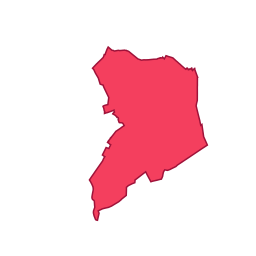 outline of Landgraaf, Limburg, Netherlands, rotated 133°
{"feature_id": "6326949B53909920900869", "entity_name": "Landgraaf", "entity_type": "district", "adm_level": 2, "iso_a3": "NLD", "parent_name": "Netherlands", "parent_adm1": "Limburg", "projection": "robinson", "projection_center": [6.038, 50.902], "detail": "fine", "context": "isolated", "style": "filled", "palette": "rose", "viewbox_px": 256, "rotation_deg": 133, "n_neighbors": 0, "source": "geoboundaries", "source_scale": "gbopen_adm2", "svg_char_len": 5132}
<svg xmlns="http://www.w3.org/2000/svg" viewBox="0 0 256 256"><g transform="rotate(133 128 128)"><path d="M82.8,66.7L75.0,76.4L76.4,76.6L74.8,79.0L73.7,80.5L69.5,87.0L68.7,88.2L67.4,90.2L66.8,91.1L66.0,92.2L65.6,93.0L65.3,93.3L63.3,94.6L60.6,96.1L55.6,100.7L50.7,105.3L49.4,106.4L47.7,108.0L45.4,110.1L44.5,111.0L43.8,111.6L43.5,111.5L42.8,112.9L42.5,113.5L42.1,114.3L41.8,114.9L41.5,115.4L41.2,116.1L40.3,117.8L39.7,119.0L39.5,119.4L39.4,119.7L39.1,119.6L38.9,119.9L39.1,120.0L39.3,120.0L39.5,120.0L40.3,120.0L41.1,120.0L41.7,120.1L42.0,120.1L41.7,121.1L41.4,121.4L41.0,121.6L40.7,122.3L41.0,122.4L42.4,122.6L43.1,122.9L43.0,123.2L43.5,123.3L43.8,123.4L43.7,123.6L44.2,123.8L43.9,124.7L43.7,125.4L44.3,125.9L44.8,125.8L45.2,125.7L45.6,125.7L45.7,126.5L45.7,126.9L45.8,127.5L45.8,128.0L45.8,128.4L45.8,128.9L45.9,130.7L45.9,131.1L45.9,131.5L45.9,132.1L45.9,133.0L45.9,133.5L46.0,135.1L46.0,135.5L46.0,135.9L46.0,136.4L46.0,137.0L46.1,138.3L46.1,139.6L46.1,141.6L46.1,142.9L46.5,143.7L46.5,143.9L47.0,144.9L47.3,145.5L48.4,147.7L48.6,148.3L49.1,149.3L49.2,149.5L50.5,149.1L50.9,149.0L51.9,148.8L52.7,148.6L52.5,151.0L53.1,150.9L53.6,150.8L53.9,151.3L54.0,151.5L54.4,152.1L54.7,152.4L55.1,152.2L55.4,152.5L55.8,152.8L56.0,153.0L56.3,153.2L56.6,153.4L56.8,153.5L57.4,153.7L58.0,153.9L60.0,155.9L60.2,156.1L62.7,158.3L64.3,159.7L64.5,159.9L66.6,162.0L67.2,162.8L69.3,164.5L69.7,165.6L70.7,167.8L71.5,179.8L72.1,181.3L72.4,181.7L72.3,182.0L73.2,183.1L73.3,183.5L77.2,187.0L77.3,187.3L77.7,187.9L78.1,188.3L80.7,190.2L81.0,190.5L81.4,191.9L82.1,192.7L82.3,197.7L84.5,197.1L84.8,197.0L85.3,196.8L86.0,196.5L88.0,195.7L89.0,195.3L89.4,195.0L89.9,194.8L90.5,195.5L91.3,195.1L91.6,194.9L91.8,194.8L92.0,194.7L92.5,194.5L92.9,194.4L93.1,194.3L93.4,194.3L93.5,194.3L93.9,194.2L94.1,194.2L94.5,194.3L95.8,194.3L99.1,194.5L100.2,194.6L100.9,194.6L101.7,194.6L102.4,194.7L106.0,194.7L108.5,194.7L108.6,192.9L109.6,190.5L109.8,189.9L110.1,189.2L111.7,183.8L114.9,178.3L113.6,175.3L114.4,174.1L115.6,171.1L117.1,167.3L118.8,162.9L124.6,158.7L125.2,159.1L126.7,160.1L127.3,160.4L127.6,160.6L127.9,160.7L128.6,161.0L129.1,161.1L129.2,160.9L129.3,160.9L129.6,160.3L129.8,159.8L130.1,159.2L130.4,158.7L130.8,158.2L131.2,157.7L131.7,156.9L131.7,156.5L132.1,156.0L132.4,156.0L133.4,155.1L131.9,154.3L130.7,153.5L130.1,153.2L129.5,152.9L127.0,151.6L124.6,150.5L124.9,150.3L124.9,150.1L125.0,150.0L125.0,149.9L125.1,149.6L125.1,149.4L125.3,149.3L125.6,149.2L125.6,148.9L125.7,148.7L125.9,148.7L126.0,148.7L126.3,148.7L126.5,148.9L126.9,148.9L127.2,148.9L127.3,148.9L127.5,148.9L127.8,148.9L128.1,148.8L127.9,148.2L127.8,147.6L127.6,147.0L127.5,146.7L127.5,146.1L127.4,145.7L127.4,145.4L127.5,145.0L127.5,144.8L127.5,144.5L127.5,144.2L127.7,143.5L127.5,143.4L127.7,143.1L127.6,142.9L127.4,142.7L127.3,142.4L127.2,142.2L127.3,142.0L127.4,141.8L127.7,141.4L127.9,141.2L128.0,141.1L128.3,140.9L128.6,140.9L128.7,140.7L129.0,140.2L129.3,139.6L129.6,139.1L129.9,138.5L130.0,138.2L129.9,138.0L129.8,137.7L129.7,137.5L129.0,136.8L128.7,136.4L128.3,135.8L128.3,135.7L128.2,135.5L128.1,135.1L128.2,134.6L128.4,133.9L128.9,132.4L131.6,133.1L131.9,133.0L132.9,133.3L134.2,133.5L135.7,133.9L136.6,134.1L137.6,134.3L138.6,134.6L138.8,134.6L141.6,134.3L145.2,134.0L146.9,134.0L146.8,133.8L151.2,133.5L151.1,133.1L152.5,133.1L152.2,131.3L152.3,130.2L152.3,129.9L152.1,129.6L152.0,129.3L152.3,129.2L152.7,129.0L155.3,128.3L156.1,128.0L157.2,130.7L165.2,128.3L165.1,127.9L165.0,126.3L164.9,125.7L164.8,125.4L167.0,125.0L169.4,124.1L182.3,122.3L185.5,121.8L185.9,121.8L186.0,121.7L187.9,121.5L192.3,120.8L192.4,120.5L192.6,119.7L192.8,118.9L193.0,118.2L193.3,117.5L193.6,116.5L194.0,115.6L194.1,115.3L194.2,115.1L194.3,114.9L194.4,114.7L194.5,114.5L194.5,114.4L194.6,114.1L194.8,113.8L194.8,113.7L195.0,113.5L195.1,113.3L195.1,113.2L195.3,113.0L195.4,112.9L195.5,112.8L195.5,112.7L195.8,112.4L195.9,112.2L196.0,112.2L196.4,111.8L196.5,111.7L197.0,111.2L197.3,111.0L197.5,110.9L197.8,110.7L198.1,110.5L199.3,109.8L202.7,107.6L203.0,107.3L203.6,106.8L203.8,106.5L204.1,106.0L204.3,105.6L204.4,105.2L204.4,104.7L204.3,104.3L204.3,104.1L204.2,103.7L204.3,103.3L204.4,102.9L204.7,102.5L207.6,99.4L208.0,98.9L208.7,98.2L209.1,98.0L209.6,97.8L211.6,96.9L212.1,96.7L212.5,96.4L212.9,96.1L213.2,95.8L213.6,95.5L213.9,95.1L215.1,93.3L215.3,93.0L215.4,92.8L215.6,92.4L215.9,91.8L216.9,89.7L217.0,89.4L217.1,89.2L217.0,88.9L217.0,88.6L216.9,88.3L216.7,88.1L216.3,87.4L216.0,87.6L210.1,91.0L208.9,93.3L205.4,91.9L204.4,91.5L201.9,89.9L199.3,88.1L196.3,86.8L193.1,85.9L188.3,84.5L185.1,84.1L184.8,84.2L184.0,84.1L178.5,83.3L175.5,85.9L172.4,88.7L170.9,88.5L170.0,88.5L169.2,88.2L168.2,87.8L166.0,87.0L163.9,86.0L163.4,85.7L162.7,86.2L162.2,86.6L161.7,87.0L161.4,87.4L152.8,86.0L148.0,85.2L149.1,82.2L150.8,77.2L151.7,74.6L150.2,73.8L146.7,71.4L143.4,69.3L142.6,68.7L140.3,69.5L139.6,69.8L138.6,70.5L136.8,71.6L136.2,71.9L135.8,72.1L133.5,72.6L133.0,71.7L132.5,70.9L132.3,70.5L132.2,70.5L132.0,70.3L131.5,69.9L131.0,69.7L129.9,69.1L126.9,68.0L123.5,66.7L121.4,66.6L113.8,64.8L107.1,63.2L93.7,60.1L86.4,58.3L85.8,59.6L82.8,66.7Z" fill="#f43f5e" stroke="#9f1239" stroke-width="1.5"/></g></svg>